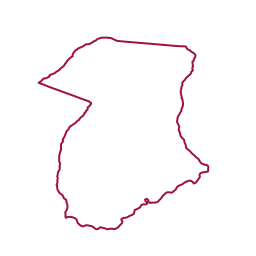 outline of Ivinhema, Mato Grosso do Sul, Brazil, rotated 75°
{"feature_id": "56859067B50852199945067", "entity_name": "Ivinhema", "entity_type": "district", "adm_level": 2, "iso_a3": "BRA", "parent_name": "Brazil", "parent_adm1": "Mato Grosso do Sul", "projection": "equal_earth", "projection_center": [-53.771, -22.36], "detail": "fine", "context": "isolated", "style": "outline", "palette": "rose", "viewbox_px": 256, "rotation_deg": 75, "n_neighbors": 0, "source": "geoboundaries", "source_scale": "gbopen_adm2", "svg_char_len": 5102}
<svg xmlns="http://www.w3.org/2000/svg" viewBox="0 0 256 256"><g transform="rotate(75 128 128)"><path d="M69.0,48.1L68.1,49.3L67.1,50.3L66.2,50.7L64.5,50.8L63.7,52.5L63.2,54.4L62.1,57.7L61.1,60.7L58.2,68.6L55.4,76.4L53.9,80.5L53.2,82.5L52.5,84.3L49.5,92.8L49.0,94.1L46.7,100.5L43.9,108.3L41.1,115.8L40.2,117.0L39.4,118.0L38.3,119.4L37.1,120.6L36.3,122.1L35.6,124.3L35.1,125.2L34.8,126.4L34.6,127.8L34.2,128.8L33.9,130.7L34.1,132.7L34.1,134.5L34.9,135.8L35.2,137.0L35.5,138.8L36.0,139.9L36.3,141.4L36.8,142.9L36.8,144.2L36.6,145.6L36.3,147.2L37.0,148.9L37.4,149.9L37.7,151.9L38.0,153.4L38.1,155.0L38.8,156.5L39.2,158.1L40.2,159.9L41.3,161.1L42.2,162.2L43.2,162.6L44.4,163.0L44.8,164.5L45.5,166.0L46.3,167.3L46.7,168.3L47.8,169.7L48.8,170.7L49.4,171.8L50.3,172.7L51.5,174.0L52.0,175.2L52.6,176.6L53.3,178.2L54.1,179.2L54.6,180.7L55.0,182.1L55.4,183.3L56.1,184.5L56.2,186.1L56.5,187.6L56.5,188.9L56.8,190.2L57.8,190.4L58.3,192.0L58.6,193.9L58.7,195.2L58.4,196.9L59.3,198.3L60.3,199.7L60.7,201.4L61.3,202.4L62.0,201.5L62.8,200.6L63.7,199.1L64.4,198.1L65.2,197.1L68.3,192.9L71.0,189.1L72.5,186.9L78.8,177.9L80.6,175.3L84.8,169.4L87.0,166.3L88.7,163.9L89.7,162.4L90.4,161.5L92.3,158.6L93.3,158.2L94.0,157.3L95.2,157.5L96.3,158.9L97.1,160.1L97.6,161.5L98.4,161.9L99.5,162.1L100.2,163.0L100.8,164.5L102.0,165.0L102.4,166.4L103.3,166.8L104.0,167.7L104.8,168.6L105.1,169.7L105.6,170.9L106.4,172.1L107.4,173.1L108.0,175.2L109.3,176.9L110.0,178.9L110.4,180.1L110.9,181.4L111.3,183.1L112.4,184.7L113.8,185.8L114.6,187.0L115.4,188.4L117.0,189.4L118.1,190.3L119.0,191.0L120.1,191.8L121.1,192.7L121.7,193.7L122.7,194.2L123.8,194.0L124.8,195.0L125.7,196.4L126.7,197.0L128.0,197.5L129.5,197.7L130.4,198.0L131.7,198.3L132.7,199.1L133.7,199.8L134.5,200.2L135.5,200.9L136.6,201.4L137.9,201.8L138.7,202.2L139.7,202.3L141.2,202.8L142.4,203.1L143.6,202.9L144.5,202.9L145.5,203.0L146.4,203.5L147.1,204.1L148.1,204.0L149.4,204.4L150.5,204.9L151.4,205.8L152.4,207.0L153.4,207.4L154.4,207.7L155.4,208.3L156.4,208.9L157.5,208.7L158.6,208.9L159.7,209.6L161.2,210.0L162.4,210.3L163.3,210.8L164.2,211.6L165.4,211.5L166.8,211.7L168.5,212.0L170.1,211.9L171.3,211.3L172.3,211.3L173.5,210.6L174.8,209.6L175.7,209.0L176.7,208.4L177.8,208.2L179.0,208.3L180.1,207.4L181.3,206.4L182.5,206.4L184.1,206.6L185.8,206.5L187.4,206.5L188.7,207.0L189.9,207.5L191.2,208.2L192.3,209.6L193.6,210.5L194.8,210.7L195.9,210.8L196.9,211.2L197.7,211.4L198.6,211.1L198.4,209.7L198.5,208.2L199.0,206.3L199.7,205.0L200.4,203.9L201.2,202.8L202.2,201.9L203.1,201.5L203.9,201.4L204.9,201.4L205.9,201.3L207.0,201.0L208.1,200.3L209.3,199.5L210.3,198.7L211.4,197.1L211.4,195.6L211.1,194.3L211.2,193.0L212.3,190.7L212.9,189.6L213.4,188.5L214.3,187.5L215.9,186.4L217.0,185.5L217.7,184.5L217.8,183.3L217.4,182.2L216.9,181.3L216.8,180.1L217.4,179.0L218.2,177.7L218.8,176.6L219.5,175.5L220.6,174.0L220.6,172.5L220.8,170.5L221.4,169.1L221.9,167.9L222.1,166.0L221.8,164.8L221.5,163.6L220.8,162.4L220.1,161.4L219.4,160.2L218.8,159.1L218.1,158.1L216.6,157.6L215.0,158.2L214.1,157.6L213.8,155.7L214.0,153.7L214.1,151.8L213.5,150.1L213.2,148.4L213.1,146.8L212.4,144.6L209.0,142.7L208.3,138.5L207.8,137.1L207.2,136.3L206.1,135.3L205.6,133.8L205.8,132.5L206.3,131.3L206.3,129.7L205.7,128.7L204.9,128.7L204.1,129.5L203.1,130.1L201.6,130.0L201.3,128.4L201.9,127.5L203.0,127.3L204.1,127.2L206.2,125.9L206.3,124.0L206.7,122.5L207.1,121.1L207.2,119.9L206.9,117.9L206.0,116.8L205.3,115.7L204.7,114.5L203.6,113.2L202.2,111.5L201.5,110.1L200.8,108.8L200.3,107.3L200.6,105.2L201.6,103.2L201.6,101.6L200.8,100.2L200.3,98.9L199.7,97.7L198.9,96.9L198.1,96.4L197.4,95.4L197.0,94.0L196.7,92.7L196.6,91.5L196.4,90.2L195.9,88.8L195.5,87.8L195.1,86.5L194.8,84.8L194.7,83.3L194.8,82.1L195.5,80.7L197.0,79.4L198.5,78.9L198.5,77.1L197.9,76.0L197.0,74.9L196.2,74.0L195.5,73.1L194.7,72.0L193.6,71.2L192.1,71.2L190.9,70.4L190.4,69.2L190.2,68.1L190.3,66.4L190.6,64.0L190.7,62.1L189.5,61.5L188.1,61.1L186.9,60.6L185.6,60.5L184.6,61.0L184.0,62.0L183.4,63.1L182.5,64.6L181.8,65.5L181.1,66.2L179.7,67.0L178.3,67.5L176.9,67.7L175.8,68.2L174.7,69.1L173.6,69.9L172.4,70.6L171.5,71.1L170.3,72.0L168.3,73.3L166.6,74.0L165.5,74.8L164.7,75.3L163.5,76.2L162.0,77.1L160.3,76.7L159.2,76.7L158.3,76.8L156.9,77.1L155.6,77.1L154.7,76.9L153.5,77.1L152.4,77.8L151.2,78.5L150.3,78.8L149.3,79.3L147.9,79.1L146.6,79.3L145.7,79.2L144.6,79.1L143.8,79.5L142.8,79.5L141.7,78.9L140.9,78.5L139.6,78.1L138.3,78.4L137.4,78.6L136.5,78.8L135.6,78.8L134.6,79.1L133.8,78.7L132.8,78.2L131.5,77.7L129.8,76.7L128.4,75.3L127.1,74.0L126.3,73.1L125.2,72.1L123.5,71.3L121.4,69.7L120.4,69.1L118.8,68.5L117.4,68.4L116.0,68.2L114.9,68.0L114.0,68.2L113.1,68.5L112.0,68.0L110.8,68.1L109.6,68.0L107.9,67.9L106.6,67.7L105.6,67.5L104.6,66.6L103.5,66.3L102.4,65.8L101.5,65.0L100.6,64.3L99.2,64.1L98.3,63.7L97.4,62.7L96.7,61.4L95.9,60.1L94.9,59.2L94.0,57.5L93.2,55.9L92.4,54.4L91.6,53.1L90.0,52.2L89.3,50.6L88.5,50.4L87.4,50.6L86.4,50.1L85.6,49.5L84.6,49.2L83.1,49.0L82.0,48.8L80.9,48.7L80.0,47.1L78.7,46.7L78.0,46.0L77.2,45.0L76.1,44.3L75.1,44.0L74.2,44.3L73.2,44.8L71.5,46.3L70.3,47.4L69.0,48.1Z" fill="none" stroke="#9f1239" stroke-width="2"/></g></svg>